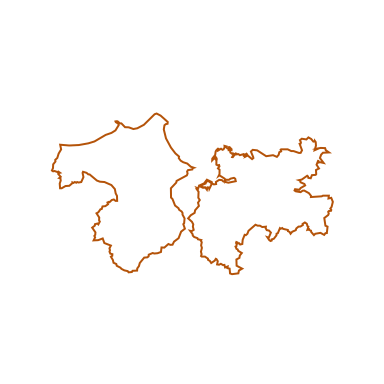 the district of Dytikis Elladas, Dytiki Ellada, Greece, rotated 116°
{"feature_id": "26713481B45081925310995", "entity_name": "Dytikis Elladas", "entity_type": "district", "adm_level": 2, "iso_a3": "GRC", "parent_name": "Greece", "parent_adm1": "Dytiki Ellada", "projection": "albers", "projection_center": [21.426, 38.276], "detail": "fine", "context": "isolated", "style": "outline", "palette": "amber", "viewbox_px": 384, "rotation_deg": 116, "n_neighbors": 0, "source": "geoboundaries", "source_scale": "gbopen_adm2", "svg_char_len": 6056}
<svg xmlns="http://www.w3.org/2000/svg" viewBox="0 0 384 384"><g transform="rotate(116 192 192)"><path d="M292.0,213.8L290.3,211.0L288.9,210.9L286.7,206.9L284.7,207.7L281.9,207.2L278.7,207.8L271.9,206.2L270.3,203.5L268.9,202.8L267.3,203.4L264.1,200.6L263.8,198.9L262.1,196.1L259.5,193.6L255.2,195.1L254.1,192.5L249.1,190.4L249.0,188.3L247.9,186.4L244.5,186.4L239.4,183.8L232.4,184.4L228.1,182.3L224.7,185.7L223.5,185.4L219.0,187.1L216.5,190.6L215.0,191.3L214.1,192.7L213.6,195.8L212.5,197.0L211.6,201.3L206.9,206.4L206.2,208.4L197.9,212.6L190.5,210.3L188.8,210.7L179.3,203.9L177.3,204.1L175.7,205.4L174.1,205.2L171.6,201.6L170.3,201.9L169.4,201.0L169.8,204.2L168.5,208.7L169.1,213.0L168.8,215.9L167.4,218.7L165.8,219.2L164.6,223.8L161.3,230.4L155.2,238.9L148.1,244.8L144.1,246.0L142.5,245.3L141.4,243.9L139.7,244.5L137.1,253.7L137.0,258.2L138.5,259.7L152.7,264.7L158.7,269.1L161.1,272.3L161.6,277.2L163.1,280.6L161.3,285.5L161.9,286.9L161.1,289.9L161.7,291.2L162.1,291.7L162.6,291.1L162.9,288.2L164.0,287.2L170.2,287.8L174.2,290.3L178.5,294.6L189.3,301.8L193.7,306.5L199.4,314.3L204.0,322.7L207.3,331.2L211.1,328.3L215.9,328.7L220.5,328.0L223.1,329.0L224.5,328.1L228.0,328.9L231.5,327.4L234.1,327.3L234.3,325.9L233.4,324.8L233.0,321.3L232.3,321.1L232.6,319.1L233.7,320.4L234.4,320.2L235.9,316.7L237.6,317.4L237.3,316.3L239.3,315.0L242.4,314.6L246.5,312.2L245.8,310.8L242.1,308.3L240.2,305.0L236.5,303.4L235.8,303.7L235.8,302.5L234.4,301.7L234.4,300.1L233.4,299.6L233.2,298.1L231.6,295.9L226.2,296.1L222.8,298.7L221.6,298.8L221.0,295.2L221.6,293.0L221.1,291.7L223.4,282.5L223.1,279.3L221.4,275.0L221.1,267.5L223.2,262.6L226.7,260.0L228.4,257.7L232.8,255.4L233.5,256.8L233.0,259.0L234.4,260.6L237.4,261.7L237.4,262.5L238.5,263.4L239.8,262.1L242.7,263.7L244.2,266.1L246.9,265.7L247.6,266.7L251.3,267.3L253.0,268.5L255.6,264.2L258.2,263.1L259.0,261.9L262.2,262.0L261.8,263.2L263.5,265.1L264.8,264.6L267.8,266.1L270.6,261.1L272.9,260.2L274.3,260.5L275.2,259.2L278.6,259.2L276.4,255.2L272.9,251.9L276.3,248.4L275.7,241.4L278.8,241.5L280.3,240.2L281.8,240.0L283.2,238.4L282.8,236.3L284.3,235.7L285.7,236.5L287.8,233.3L290.0,231.5L289.9,228.5L291.3,227.3L291.4,223.1L292.0,221.8L292.1,218.5L291.3,215.1L292.0,213.8ZM137.9,72.7L139.0,73.5L144.4,82.9L143.3,83.3L141.8,86.4L141.5,91.8L142.4,93.2L144.5,94.3L145.9,99.0L145.7,100.5L144.3,100.6L142.9,96.5L140.8,96.1L136.5,93.2L135.5,94.5L135.7,98.7L134.4,99.8L134.5,101.1L132.7,98.8L126.9,95.6L127.2,94.5L128.3,93.6L127.6,91.3L124.3,91.6L122.4,88.4L121.5,88.2L117.9,90.2L115.2,88.2L112.9,92.0L107.9,92.4L110.3,91.4L109.1,90.1L108.2,86.4L105.4,91.9L101.8,92.3L99.3,91.5L96.4,86.2L95.8,90.1L94.2,91.6L96.0,95.7L98.6,99.2L99.1,99.7L98.8,98.5L100.7,100.1L96.0,100.9L92.9,102.7L92.2,104.0L92.8,103.8L93.5,105.0L92.1,108.1L91.9,111.3L94.6,112.2L96.0,116.7L98.1,117.7L99.6,115.9L100.8,115.6L101.5,116.4L106.3,111.4L109.2,111.5L110.0,113.0L110.7,118.6L111.7,120.8L111.7,124.7L114.6,130.6L115.1,130.9L116.4,129.7L118.0,131.0L120.5,130.4L123.2,131.1L123.4,135.3L127.3,141.0L126.0,151.7L127.5,155.9L129.8,156.8L133.8,152.3L134.6,151.7L136.1,152.4L134.8,157.9L136.4,159.2L134.1,158.9L133.7,159.8L135.2,160.6L134.5,161.5L136.9,160.3L136.9,161.3L135.5,162.4L137.9,165.1L137.6,166.9L138.9,168.8L138.1,169.0L138.2,169.7L142.8,170.6L143.0,171.2L142.2,171.2L139.3,170.4L139.3,172.3L140.1,172.7L139.7,174.8L137.9,176.1L138.3,177.2L137.1,177.3L136.9,174.9L136.2,175.2L135.2,177.9L135.5,178.4L136.4,177.5L137.4,179.0L136.8,180.6L135.9,180.8L136.3,183.0L137.6,182.2L139.9,182.4L140.7,183.1L140.4,184.9L143.7,187.0L143.1,188.0L141.8,187.5L141.4,186.4L141.7,187.7L143.8,188.4L145.2,188.5L148.6,187.4L153.1,188.4L154.7,187.7L150.1,186.2L151.0,184.6L151.7,184.2L152.2,185.4L152.9,183.9L156.7,182.1L156.8,180.6L155.9,179.5L156.9,178.6L159.4,179.0L159.9,177.0L163.9,175.1L165.9,175.1L165.0,174.6L165.7,168.4L167.7,167.0L166.1,166.9L164.9,164.2L163.1,163.2L160.9,160.5L161.1,159.0L163.1,157.4L167.7,163.4L168.8,168.4L168.2,170.4L169.2,172.9L172.5,174.9L174.3,173.8L175.6,175.7L175.5,177.8L174.4,178.6L174.4,183.9L174.8,183.9L175.5,178.5L176.9,177.8L181.6,177.8L180.5,178.6L181.0,180.1L183.4,179.6L182.2,181.8L183.4,184.0L183.5,188.4L186.1,188.0L186.2,189.4L186.8,188.4L187.3,189.1L188.9,186.2L194.4,183.8L195.8,181.5L199.0,181.9L201.5,179.7L207.0,181.2L209.6,180.5L213.4,182.9L217.4,183.9L218.8,179.0L220.5,176.7L222.8,176.0L225.3,173.9L227.3,175.1L227.7,176.7L229.6,173.0L230.8,172.2L231.5,170.3L231.1,166.9L231.9,166.0L231.1,162.6L232.0,162.6L232.9,161.2L236.0,160.4L237.9,158.6L241.7,157.8L243.7,156.1L245.6,155.8L245.8,154.9L244.4,152.1L244.9,148.5L245.9,147.9L246.1,145.8L247.4,143.6L243.8,141.5L241.6,141.3L241.6,140.6L242.9,138.5L246.1,137.7L245.5,135.8L243.9,134.6L244.1,132.1L243.3,130.9L245.3,129.2L243.3,127.3L244.9,126.8L244.4,124.6L248.5,122.1L248.3,120.0L244.8,114.7L242.0,115.4L238.9,113.3L238.7,119.6L233.2,122.5L230.4,120.5L228.1,121.2L225.0,120.5L224.6,124.7L223.6,125.8L223.6,127.1L222.0,128.9L221.4,128.3L219.0,129.1L218.5,130.1L217.5,130.2L217.4,128.9L218.0,127.9L217.4,127.1L218.1,125.7L216.7,124.0L212.7,125.5L207.4,125.9L207.2,124.7L205.3,123.9L202.1,124.2L193.6,120.6L193.5,118.3L192.5,116.2L192.7,113.5L190.8,110.4L192.2,110.0L193.5,108.1L192.9,105.9L193.9,103.3L199.4,103.0L199.6,104.5L201.4,101.4L201.6,99.9L200.7,99.1L199.7,99.6L198.2,98.0L194.0,97.1L192.4,97.7L191.4,96.8L185.9,97.1L186.1,96.1L184.8,95.1L185.2,94.0L184.1,89.2L185.1,88.6L185.1,86.8L186.3,85.1L183.8,84.5L180.8,82.0L179.1,82.3L176.4,81.1L175.5,79.4L173.1,77.9L172.2,78.6L169.9,77.2L170.2,74.9L172.1,73.2L172.2,72.2L175.4,71.7L174.3,70.5L174.8,70.3L174.6,68.1L175.7,67.3L177.3,63.5L175.5,62.9L172.4,58.6L172.6,54.4L170.5,54.0L169.8,52.8L163.7,55.0L163.8,57.3L157.4,61.7L153.0,59.5L151.5,59.6L150.1,60.9L149.2,60.7L147.9,58.8L147.0,59.0L146.3,60.4L144.2,60.0L139.1,61.1L136.2,64.3L138.0,66.5L135.3,67.4L137.9,72.7ZM183.4,184.0L182.1,182.2L181.5,181.9L182.6,183.1L183.2,186.5L182.8,187.2L178.4,183.5L176.7,184.1L176.7,183.4L175.5,183.1L175.0,184.1L178.9,184.9L182.9,188.2L183.4,188.0L183.4,184.0Z" fill="none" stroke="#b45309" stroke-width="2"/></g></svg>